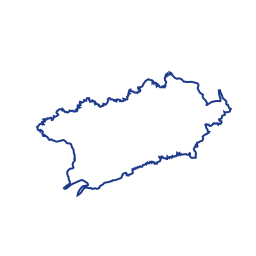 Porto Estrela, Mato Grosso, Brazil (Mercator projection), rotated 39°
{"feature_id": "56859067B85478740045964", "entity_name": "Porto Estrela", "entity_type": "district", "adm_level": 2, "iso_a3": "BRA", "parent_name": "Brazil", "parent_adm1": "Mato Grosso", "projection": "mercator", "projection_center": [-57.219, -15.53], "detail": "fine", "context": "isolated", "style": "outline", "palette": "blue", "viewbox_px": 256, "rotation_deg": 39, "n_neighbors": 0, "source": "geoboundaries", "source_scale": "gbopen_adm2", "svg_char_len": 5859}
<svg xmlns="http://www.w3.org/2000/svg" viewBox="0 0 256 256"><g transform="rotate(39 128 128)"><path d="M125.2,62.0L124.5,63.6L125.4,63.9L124.8,65.6L126.8,67.7L128.4,68.0L129.0,68.5L129.7,70.8L130.8,71.9L130.3,72.7L129.4,72.8L128.8,73.7L130.2,73.8L127.3,76.2L126.3,76.1L125.5,75.5L124.5,75.7L124.2,77.7L122.8,76.7L122.8,75.3L121.9,75.6L121.1,75.3L120.3,76.2L120.3,77.1L118.8,76.2L118.7,77.7L117.2,76.0L116.5,75.8L115.5,76.5L113.0,77.4L112.1,80.3L112.1,81.4L112.3,84.3L112.9,86.1L112.8,87.0L112.0,88.6L110.3,90.0L110.6,90.7L111.6,90.7L112.1,91.5L112.9,90.5L113.8,90.8L114.3,91.8L113.5,93.5L113.3,94.9L112.3,94.9L111.3,96.1L110.4,96.2L109.7,96.7L108.5,96.5L106.9,97.9L106.1,97.3L105.7,96.7L105.2,97.6L105.6,98.3L105.6,99.0L106.4,99.9L106.8,101.3L107.6,100.7L107.4,101.9L108.0,102.8L107.6,104.3L109.1,105.4L109.3,106.3L108.6,106.8L108.4,107.8L107.1,107.7L106.1,108.2L107.3,108.9L107.5,109.7L106.5,111.1L105.5,111.3L104.9,112.1L104.0,111.2L101.7,112.6L100.9,113.7L101.7,113.7L102.3,114.5L100.9,115.3L99.7,115.5L98.6,115.3L97.5,115.8L96.8,116.6L95.1,116.2L94.4,117.0L94.2,118.3L95.2,118.7L95.9,121.0L96.0,122.6L95.9,123.8L94.6,124.2L94.8,125.3L93.8,125.1L94.5,126.8L93.9,127.3L93.7,128.3L92.8,129.1L91.8,128.6L91.1,129.1L90.6,128.3L89.6,128.5L88.5,129.2L87.2,128.8L87.3,130.1L86.4,129.6L85.5,128.3L84.5,128.9L83.3,128.8L83.4,129.8L82.5,129.8L82.6,130.8L82.0,131.5L79.8,130.5L79.6,129.6L78.8,129.3L77.5,130.5L77.4,131.4L78.4,133.1L76.3,134.0L76.9,134.9L77.0,135.9L75.9,137.6L74.9,137.3L74.2,137.6L74.7,139.0L76.8,140.1L76.4,140.9L75.4,141.3L74.7,142.1L75.3,143.1L75.9,142.7L77.6,142.5L76.4,144.2L76.7,145.1L76.3,146.0L77.3,145.8L77.7,147.1L76.9,148.1L76.0,148.5L75.6,149.4L74.2,149.3L73.3,150.4L71.6,151.2L72.0,152.1L71.1,154.3L69.9,154.2L69.1,155.2L67.3,154.7L66.4,155.6L65.6,155.6L65.6,154.5L64.8,154.3L64.5,155.6L63.4,156.1L62.5,157.4L62.6,158.4L62.2,159.9L62.8,161.2L65.0,161.3L65.6,161.7L64.9,164.0L64.1,165.2L63.0,165.5L64.0,166.4L63.5,168.4L64.3,168.8L63.8,169.7L62.3,168.5L61.5,168.5L60.3,170.8L59.3,171.1L59.5,172.4L59.1,173.1L57.8,173.2L56.9,174.5L58.9,174.6L59.3,175.5L57.5,176.9L57.5,177.8L60.2,178.3L59.5,179.1L58.2,179.0L56.8,181.0L57.1,182.5L56.7,184.5L57.8,184.8L58.5,185.8L59.7,186.1L60.3,185.5L61.9,185.9L61.6,184.4L62.9,184.3L64.4,184.7L64.6,186.1L66.5,187.2L67.0,186.0L68.0,186.0L67.9,187.0L69.8,185.9L70.8,185.7L72.8,186.3L73.6,186.8L74.7,186.6L75.2,185.3L76.1,185.0L77.4,185.0L78.9,184.2L80.2,184.0L81.6,183.1L85.4,177.9L88.1,177.7L90.0,178.3L93.0,176.4L94.2,176.6L96.6,178.2L99.5,179.3L101.8,181.7L103.4,182.4L104.5,183.9L105.3,184.3L105.6,185.8L106.9,186.1L107.2,187.6L107.1,189.4L108.1,191.5L110.5,193.1L110.5,194.0L109.8,195.0L108.9,195.7L108.3,197.2L108.2,199.6L108.5,200.5L109.0,201.2L110.8,202.7L111.5,203.2L112.3,203.3L114.6,205.4L116.6,206.3L117.5,207.4L117.4,209.7L116.7,211.0L116.0,215.0L116.8,215.2L117.9,214.2L118.4,212.9L119.5,207.7L119.9,206.7L124.0,198.7L124.8,197.6L126.0,197.0L130.6,196.4L131.7,196.6L132.9,197.4L132.7,198.2L129.8,201.3L129.3,203.3L129.3,205.9L129.7,208.5L130.2,210.2L131.2,212.0L131.6,210.9L132.2,207.7L131.8,204.6L131.8,201.9L133.8,200.1L136.4,198.8L136.7,198.1L137.5,197.8L138.5,197.9L139.3,197.1L140.2,195.6L141.9,195.0L142.7,194.1L143.5,192.6L142.9,191.5L142.9,190.5L144.1,187.4L144.0,186.2L144.5,185.0L147.1,182.0L148.1,180.2L148.9,179.6L148.8,178.5L150.9,176.6L154.1,171.2L153.9,169.9L153.5,169.1L153.6,168.2L153.0,167.6L153.0,166.5L154.6,164.1L155.5,164.2L156.1,165.2L157.1,165.5L157.5,164.8L158.4,164.5L158.2,163.4L159.1,162.5L160.1,160.1L159.2,159.0L157.8,158.0L157.4,157.1L158.6,156.4L158.2,155.5L159.6,154.9L159.3,153.8L160.3,153.1L160.1,152.2L161.0,152.0L161.5,151.4L161.5,150.1L162.6,149.9L163.4,149.1L162.9,147.6L164.2,145.7L165.0,145.1L164.3,144.3L164.5,143.5L165.5,143.2L165.2,142.4L166.0,142.4L166.7,141.9L166.5,140.3L168.3,140.3L167.9,139.0L168.9,138.6L170.7,139.0L170.7,138.2L171.5,138.6L173.0,137.5L172.3,136.0L173.7,133.9L173.3,132.1L172.6,131.5L171.7,131.4L170.6,130.8L171.5,130.4L172.6,130.2L172.1,128.9L173.0,128.6L174.1,129.0L175.1,128.8L175.8,128.0L177.1,128.0L177.9,127.5L176.6,125.4L178.1,125.7L179.0,125.5L178.7,124.3L179.2,123.7L180.6,123.7L181.0,122.9L180.3,122.3L180.1,121.6L181.5,121.4L183.0,119.8L182.8,119.0L183.5,118.4L183.0,117.5L182.4,117.2L181.8,116.4L182.8,116.3L184.4,116.8L184.0,115.3L185.4,115.8L185.3,114.9L186.6,114.8L189.2,112.0L190.8,111.5L191.7,110.9L191.8,108.7L192.5,108.9L193.1,110.4L194.9,111.2L196.1,111.2L197.6,110.0L199.3,108.3L197.5,106.3L197.3,105.4L196.0,104.4L194.7,103.8L193.8,103.9L192.8,103.3L192.2,102.7L192.2,101.9L191.8,100.8L192.4,100.1L191.6,99.0L192.4,99.1L193.5,98.9L193.4,98.1L191.6,97.1L190.9,95.9L192.0,94.8L192.2,93.6L193.1,92.0L193.7,91.4L193.4,89.5L192.7,88.6L191.4,87.7L191.7,85.9L192.5,83.7L193.0,83.1L193.1,81.9L193.8,80.8L193.6,79.9L192.8,80.4L192.0,80.3L190.4,78.9L189.4,78.9L188.3,78.3L186.0,76.6L186.6,75.6L188.1,75.4L188.8,74.5L190.0,75.0L191.1,74.3L191.5,72.8L191.4,71.5L192.0,71.0L191.8,70.0L193.0,69.7L193.6,69.2L194.1,68.3L196.0,68.7L195.7,67.4L197.4,66.6L197.2,64.5L196.4,64.0L194.8,64.7L193.9,64.5L193.3,64.0L194.7,61.7L194.3,60.6L193.5,59.5L193.9,58.5L195.0,57.0L194.5,56.2L192.8,54.9L193.7,54.8L195.7,52.7L196.8,51.0L196.0,49.7L196.0,48.5L193.9,48.8L191.0,47.1L190.2,47.7L189.2,47.5L188.2,45.9L187.3,45.3L182.8,45.1L180.2,43.3L178.8,42.8L175.6,40.8L174.9,41.6L175.6,42.4L178.4,45.1L181.5,47.2L182.2,47.9L182.8,49.0L179.4,51.6L176.5,55.4L174.5,61.4L174.4,60.0L174.0,59.1L173.4,58.7L172.6,58.6L171.7,57.9L167.5,57.4L166.5,56.8L165.2,54.9L162.0,55.3L161.1,55.1L157.6,53.6L157.0,53.0L155.9,50.4L154.8,49.7L153.4,49.8L148.9,51.8L147.5,52.8L145.3,54.9L141.8,56.9L139.2,56.4L138.2,56.5L136.3,57.4L134.9,59.1L132.4,59.5L129.4,59.1L128.3,58.8L127.6,58.2L125.3,58.6L126.4,59.7L127.2,59.2L127.0,60.1L126.0,60.9L125.2,62.0ZM125.2,62.0L124.3,61.0L124.0,62.1L125.2,62.0Z" fill="none" stroke="#1e3a8a" stroke-width="2"/></g></svg>